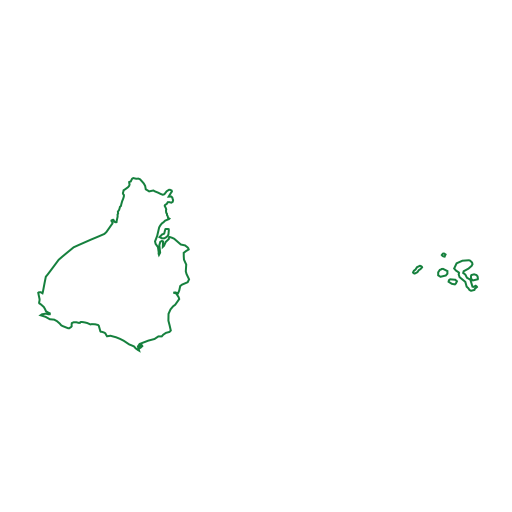 SVG path tracing the border of Ecuador, rotated 176°
{"feature_id": "ECU", "entity_name": "Ecuador", "entity_type": "country or territory", "adm_level": 0, "iso_a3": "ECU", "parent_name": "South America", "parent_adm1": "", "projection": "albers", "projection_center": [-81.617, -1.768], "detail": "fine", "context": "isolated", "style": "outline", "palette": "green", "viewbox_px": 512, "rotation_deg": 176, "n_neighbors": 0, "source": "natural_earth", "source_scale": "50m", "svg_char_len": 4255}
<svg xmlns="http://www.w3.org/2000/svg" viewBox="0 0 512 512"><g transform="rotate(176 256 256)"><path d="M475.0,211.9L473.5,212.8L471.9,212.9L469.8,213.2L467.0,212.3L465.8,212.3L465.7,213.2L467.6,214.3L469.4,215.6L470.1,217.6L471.2,219.9L473.8,222.6L475.5,223.9L475.6,224.8L475.1,226.5L474.9,227.9L475.8,234.5L475.2,234.9L474.2,234.9L473.2,234.9L472.3,234.2L471.6,233.7L471.2,234.8L470.4,237.7L468.7,244.2L467.1,250.0L465.2,252.0L462.4,255.2L458.6,259.6L453.1,266.0L449.1,269.0L445.9,271.3L442.1,274.0L437.3,277.4L431.9,279.4L424.4,282.1L419.1,284.0L415.2,285.3L411.1,286.7L405.7,288.6L403.6,290.3L400.1,294.6L398.5,296.6L397.0,298.4L396.7,299.2L396.9,299.7L397.6,300.6L397.7,301.5L396.7,302.0L395.9,302.1L395.5,301.7L395.2,300.7L394.3,299.7L393.3,299.4L392.7,299.6L392.6,300.6L391.3,304.9L391.2,307.1L390.6,307.9L390.7,309.8L389.3,311.6L388.7,313.2L388.3,314.5L387.2,315.4L386.8,316.9L385.7,320.0L384.5,322.4L383.7,324.5L383.5,326.0L384.2,327.1L384.4,328.0L383.8,329.6L383.5,330.8L382.0,331.6L378.8,333.6L377.6,334.9L377.1,336.4L377.4,337.7L377.3,338.7L375.7,339.1L375.2,340.1L374.2,341.7L373.0,342.3L370.1,341.4L367.9,341.4L366.3,340.6L364.4,338.2L362.9,336.2L361.7,333.7L361.3,330.2L359.7,329.1L358.1,327.9L356.1,328.2L353.8,328.5L352.5,327.6L349.4,326.1L346.7,324.5L344.7,323.6L343.1,324.0L342.2,325.0L340.6,326.8L338.2,328.1L337.1,328.0L335.6,327.2L335.4,326.2L336.6,324.7L339.0,321.3L336.3,321.2L335.4,320.1L335.2,318.9L334.8,317.5L335.3,315.9L336.7,315.1L338.9,315.8L340.3,315.8L341.3,314.3L342.3,313.7L343.2,313.2L343.6,312.4L342.6,310.0L342.3,308.7L342.6,307.9L342.6,306.4L342.5,305.3L341.9,304.4L341.9,302.9L341.4,302.1L341.2,301.3L341.1,300.3L340.5,299.8L339.8,299.3L340.3,298.9L344.2,297.6L345.8,296.2L347.7,295.0L349.4,293.1L350.6,291.3L353.2,282.9L355.7,277.6L355.3,275.1L353.2,271.7L352.8,266.6L353.0,265.1L352.7,263.9L351.4,266.0L351.7,273.5L350.5,276.8L348.8,277.6L347.7,277.0L348.3,271.6L347.1,272.6L345.1,276.3L341.8,279.0L341.7,279.9L340.9,281.0L338.4,280.0L336.4,278.9L330.2,272.7L326.0,271.5L323.6,269.3L323.0,268.4L322.7,267.2L325.3,265.9L327.9,264.2L328.1,260.4L328.1,257.4L326.2,252.3L327.1,245.6L326.6,243.0L324.4,237.4L326.0,234.6L331.8,232.6L333.7,231.3L335.0,226.9L336.4,224.2L339.0,225.3L341.0,225.2L338.2,224.2L336.0,220.2L335.6,218.4L340.0,213.0L342.2,211.6L345.0,208.7L347.3,204.4L347.9,197.6L347.0,192.7L346.2,187.6L347.6,186.3L351.2,185.6L354.1,183.9L355.6,182.4L359.0,182.6L363.0,180.3L369.3,179.1L378.2,176.4L380.1,174.0L379.2,169.7L380.1,170.3L382.5,172.3L384.0,174.3L386.5,175.6L388.6,176.6L393.9,180.7L397.4,182.8L401.3,184.7L406.8,186.6L410.2,186.3L411.0,187.8L411.7,189.4L413.0,190.3L415.0,191.1L416.2,191.3L416.5,191.7L417.7,197.4L418.4,198.2L421.2,199.1L424.6,199.5L426.0,199.3L429.0,200.9L431.2,201.6L433.6,202.2L435.3,202.4L436.0,202.1L436.3,201.6L437.7,201.7L439.7,202.4L442.6,202.6L444.4,201.9L444.7,200.7L444.8,198.7L445.5,198.0L447.5,196.9L448.6,197.1L454.0,199.7L455.2,200.5L456.5,202.3L459.1,204.9L461.8,206.6L466.1,207.3L470.2,210.0L475.0,211.9ZM46.4,209.0L48.0,210.7L49.0,215.6L54.4,220.7L55.1,223.6L54.6,225.0L54.9,225.5L57.5,227.5L59.2,229.7L56.4,234.7L50.4,236.9L43.9,236.9L42.7,236.4L40.9,234.4L40.6,232.7L41.6,231.1L44.9,228.6L49.9,226.3L50.5,224.6L48.5,222.9L47.1,219.6L43.8,217.4L42.2,210.3L41.1,210.0L38.9,211.0L37.9,210.1L37.7,209.7L40.0,208.0L40.5,206.9L43.9,206.3L45.4,207.2L46.4,209.0ZM71.7,230.1L70.3,230.1L66.1,227.6L66.3,225.0L68.0,223.3L73.4,222.4L75.6,224.0L75.4,227.0L73.6,229.3L72.2,229.7L71.7,230.1ZM344.9,288.2L344.4,289.2L341.9,289.1L341.2,288.8L341.2,287.6L341.8,283.9L342.5,282.3L344.6,280.8L346.3,280.0L348.6,280.2L350.9,281.6L348.1,284.1L346.6,284.5L346.0,284.8L344.9,288.2ZM42.4,222.0L39.7,222.5L37.4,221.6L36.4,220.2L36.2,218.1L36.4,217.3L41.4,216.5L43.0,218.3L43.0,220.9L42.4,222.0ZM96.2,233.6L93.1,234.8L92.0,234.3L91.3,233.7L91.1,233.1L92.9,231.4L94.6,230.5L96.1,228.6L98.9,227.4L99.7,227.7L100.2,228.1L100.5,228.7L99.5,230.3L97.8,231.4L96.2,233.6ZM65.2,218.4L63.9,219.2L58.9,218.4L57.3,216.8L58.5,214.7L59.6,213.8L62.6,214.6L65.7,216.9L65.2,218.4ZM69.4,245.3L68.3,245.4L66.8,244.3L67.9,242.2L69.2,242.6L70.0,243.2L70.6,244.0L69.4,245.3ZM377.9,175.1L376.4,175.3L375.7,174.1L377.5,172.6L378.2,172.3L377.9,175.1Z" fill="none" stroke="#15803d" stroke-width="2"/></g></svg>